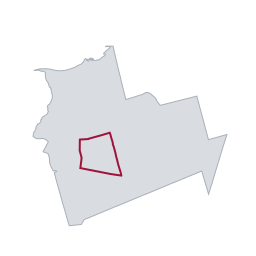 location of Tichitt, Tagant, Mauritania, rotated 75°
{"feature_id": "47542326B42701553126465", "entity_name": "Tichitt", "entity_type": "district", "adm_level": 2, "iso_a3": "MRT", "parent_name": "Mauritania", "parent_adm1": "Tagant", "projection": "orthographic", "projection_center": [-9.94, 18.515], "detail": "fine", "context": "in_parent", "style": "outline", "palette": "rose", "viewbox_px": 256, "rotation_deg": 75, "n_neighbors": 0, "source": "geoboundaries", "source_scale": "gbopen_adm2", "svg_char_len": 3615}
<svg xmlns="http://www.w3.org/2000/svg" viewBox="0 0 256 256"><g transform="rotate(75 128 128)"><path d="M109.1,220.9L108.8,220.8L107.2,219.7L106.5,218.4L105.3,217.4L103.6,216.8L102.5,216.0L102.0,215.2L101.4,214.6L100.8,214.3L100.7,214.0L100.9,213.6L100.7,212.8L99.8,211.1L98.9,210.3L98.1,210.4L97.6,210.2L97.4,209.9L97.3,209.3L96.7,208.8L95.8,208.6L95.1,207.3L94.6,205.0L93.9,203.2L93.0,201.9L92.4,201.4L91.9,201.3L91.7,201.1L91.6,200.7L90.9,200.6L89.9,201.0L89.0,200.8L88.6,200.2L88.0,200.1L87.2,200.6L86.4,200.4L85.5,199.6L85.0,198.8L84.9,197.9L83.4,196.3L80.3,193.8L77.0,192.6L73.4,192.6L71.3,192.5L70.9,192.1L70.4,192.1L70.0,192.5L69.5,192.6L69.0,192.3L68.7,192.5L68.5,193.1L67.3,193.4L64.8,193.4L62.8,193.7L61.3,194.4L59.2,194.6L56.5,194.4L54.8,194.1L54.3,193.6L53.5,193.5L52.5,193.7L51.5,194.9L50.7,197.0L50.0,198.2L49.4,198.5L48.8,200.1L48.4,202.8L47.9,204.0L48.1,197.2L49.0,194.7L49.3,192.5L51.1,187.7L53.3,183.8L55.3,178.6L56.1,173.4L56.0,168.4L55.7,163.9L54.8,160.9L54.1,156.6L52.9,154.3L50.5,152.2L50.0,151.0L50.6,150.6L52.1,150.4L53.1,148.9L51.1,149.4L53.5,144.8L54.4,141.6L54.3,139.5L54.8,138.2L53.2,135.3L52.0,131.7L51.3,131.1L50.6,130.8L50.5,131.6L50.1,132.4L49.3,131.9L47.9,129.3L46.0,125.0L45.3,124.5L44.7,125.1L44.3,125.6L43.5,129.1L43.3,127.7L43.7,126.1L44.3,124.1L45.0,121.3L46.7,121.3L49.9,121.5L56.3,121.7L59.5,121.8L65.9,122.0L69.1,122.1L75.5,122.2L78.7,122.3L85.1,122.5L88.3,122.5L94.7,122.7L97.9,122.7L100.0,122.8L99.9,120.8L99.9,119.2L99.8,117.0L99.7,114.9L99.6,112.8L99.5,110.8L99.4,108.8L99.4,107.0L99.3,105.3L99.1,104.3L98.5,102.4L98.4,101.4L98.6,100.4L99.0,99.5L100.3,97.8L102.2,96.4L104.4,94.9L106.1,93.8L106.9,93.5L109.5,93.1L111.5,92.3L113.5,91.4L114.4,91.0L114.5,89.3L115.0,53.2L124.6,53.3L127.1,53.3L144.7,53.3L147.3,53.3L160.1,53.3L160.1,51.6L160.0,49.1L160.0,45.8L160.0,42.5L159.9,36.6L159.9,34.1L162.4,35.7L167.5,39.0L170.0,40.6L175.1,43.8L180.2,47.0L185.4,50.2L188.0,51.8L190.5,53.4L193.1,55.0L195.7,56.6L200.9,59.8L203.1,61.1L206.4,63.3L209.6,65.3L212.7,67.3L208.0,67.4L201.6,67.6L197.3,67.7L192.8,67.8L188.6,67.9L189.1,71.3L189.6,75.0L190.0,78.7L190.5,82.4L191.0,86.1L192.5,97.2L192.9,101.0L193.4,104.7L193.9,108.4L194.4,112.1L195.4,119.6L195.9,123.3L196.4,127.0L196.8,130.7L197.3,134.5L197.8,138.2L198.8,145.7L199.3,149.4L199.8,153.1L200.3,156.8L200.7,160.6L201.2,164.3L201.7,168.0L202.2,171.7L203.2,179.2L203.7,182.9L204.2,186.7L204.7,190.4L205.1,194.0L206.9,195.8L209.1,198.2L208.5,201.6L207.9,205.6L207.2,210.0L201.2,210.2L195.3,210.3L180.5,210.6L177.6,210.6L162.8,210.8L159.8,210.8L154.1,210.8L152.4,210.7L151.8,210.4L151.6,208.1L151.1,208.3L150.5,208.9L150.2,209.6L150.3,210.6L150.2,211.4L148.3,211.7L145.8,212.3L143.1,212.7L140.3,212.5L139.4,212.3L138.4,212.0L136.2,211.7L135.1,211.7L133.7,211.7L132.1,211.9L131.6,212.3L130.4,214.0L129.2,216.0L128.5,216.0L127.6,214.9L125.3,212.8L122.4,210.1L121.1,208.8L120.5,208.6L119.1,209.6L117.9,210.5L116.7,211.8L116.1,213.0L115.7,214.5L115.5,216.2L115.0,218.2L114.0,219.8L112.8,221.0L112.0,221.6L111.6,221.9L109.1,220.9ZM52.2,145.9L51.3,147.4L50.9,146.8L50.8,145.8L51.6,144.5L52.0,143.8L52.7,143.6L52.2,145.9Z" fill="#d9dde1" stroke="#a8b0b8" stroke-width="1"/><path d="M126.7,177.5L137.3,180.5L144.6,180.5L145.8,181.0L146.7,181.2L148.1,181.8L149.2,182.3L149.6,182.5L150.7,182.9L154.4,184.4L168.1,156.4L172.2,146.8L172.0,146.7L168.6,146.6L161.4,146.9L156.2,146.8L151.2,146.8L149.7,146.6L142.5,146.6L140.2,146.9L137.8,146.5L133.3,146.7L129.5,146.7L127.8,146.9L127.9,149.0L128.1,156.0L128.1,160.0L128.2,168.9L128.4,169.0L128.0,171.2L126.8,176.8L126.7,177.4L126.7,177.5Z" fill="none" stroke="#9f1239" stroke-width="2"/></g></svg>